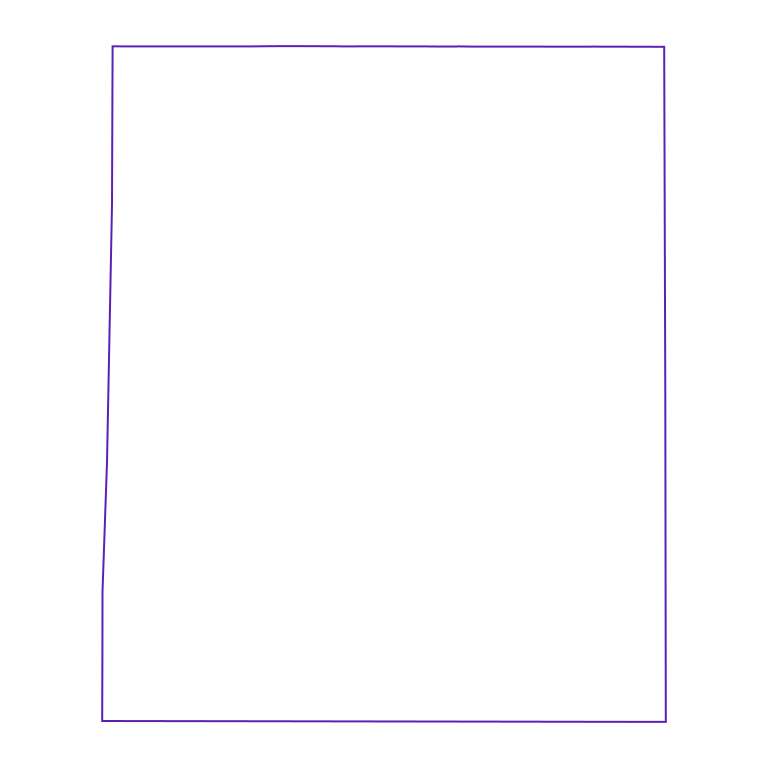 outline of Perkins, South Dakota, United States of America
{"feature_id": "52423323B24972469519147", "entity_name": "Perkins", "entity_type": "district", "adm_level": 2, "iso_a3": "USA", "parent_name": "United States of America", "parent_adm1": "South Dakota", "projection": "natural_earth1", "projection_center": [-102.448, 45.492], "detail": "fine", "context": "isolated", "style": "outline", "palette": "violet", "viewbox_px": 768, "rotation_deg": 0, "n_neighbors": 0, "source": "geoboundaries", "source_scale": "gbopen_adm2", "svg_char_len": 662}
<svg xmlns="http://www.w3.org/2000/svg" viewBox="0 0 768 768"><path d="M112.6,46.3L112.0,204.3L107.0,462.4L102.5,591.7L102.4,656.3L102.2,721.0L665.8,721.9L665.3,398.2L664.2,46.8L628.9,46.7L614.7,46.7L613.3,46.7L591.5,46.6L591.1,46.7L585.3,46.7L579.4,46.7L572.9,46.7L572.0,46.7L571.1,46.7L561.0,46.7L560.9,46.7L536.9,46.6L472.2,46.6L457.5,46.4L457.0,46.5L434.5,46.5L434.4,46.4L432.3,46.5L431.0,46.5L426.6,46.4L424.1,46.4L418.4,46.4L415.3,46.4L403.0,46.4L395.3,46.4L390.6,46.3L385.6,46.3L341.7,46.4L337.3,46.3L288.1,46.1L282.8,46.1L273.9,46.2L270.5,46.2L269.6,46.2L251.6,46.4L148.8,46.4L125.2,46.4L112.6,46.3Z" fill="none" stroke="#5b21b6" stroke-width="2"/></svg>